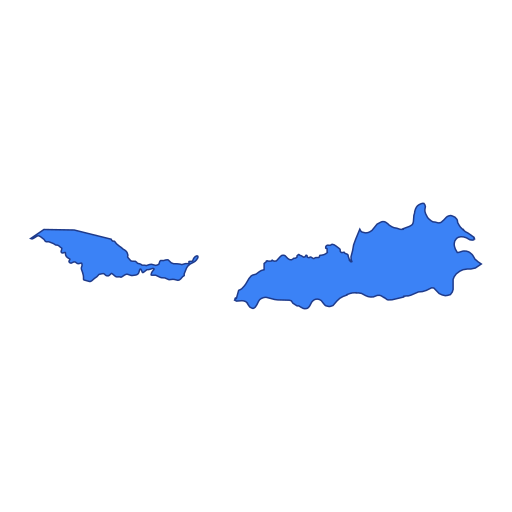 Hatillo De Loba, Bolívar, Colombia (Albers equal-area conic projection)
{"feature_id": "7082276B61387460600045", "entity_name": "Hatillo De Loba", "entity_type": "district", "adm_level": 2, "iso_a3": "COL", "parent_name": "Colombia", "parent_adm1": "Bolívar", "projection": "albers", "projection_center": [-74.128, 8.992], "detail": "fine", "context": "isolated", "style": "filled", "palette": "blue", "viewbox_px": 512, "rotation_deg": 0, "n_neighbors": 0, "source": "geoboundaries", "source_scale": "gbopen_adm2", "svg_char_len": 6056}
<svg xmlns="http://www.w3.org/2000/svg" viewBox="0 0 512 512"><path d="M388.0,299.9L392.0,299.8L403.7,297.0L403.7,296.3L407.3,295.8L407.8,296.0L410.8,295.2L418.5,291.9L422.4,291.6L426.3,290.4L431.6,287.8L433.8,288.0L439.1,293.5L442.1,294.9L445.3,295.7L447.5,295.4L450.4,294.6L452.3,292.0L453.1,289.4L453.1,279.4L454.2,276.7L456.3,273.8L459.8,271.2L463.0,269.7L467.3,269.0L470.8,269.0L475.4,268.0L481.3,264.0L477.9,261.7L476.2,260.1L475.2,259.5L472.8,255.4L472.0,254.4L469.5,252.3L468.2,251.7L466.2,251.1L463.7,251.0L462.5,251.2L458.7,252.4L457.3,252.5L455.3,249.0L454.5,246.5L454.2,244.8L454.3,243.1L454.8,240.9L456.6,238.4L458.3,237.3L460.9,236.7L463.5,236.9L466.4,237.8L469.9,239.8L472.3,240.1L473.5,239.9L474.0,239.6L474.1,238.8L473.9,238.0L474.3,238.2L474.0,237.3L467.9,233.0L465.4,231.7L464.3,230.8L463.4,229.6L463.2,229.9L460.4,227.1L459.3,225.5L457.7,222.7L457.3,220.2L456.8,219.2L455.0,217.2L452.4,216.0L450.8,215.5L449.0,215.8L447.3,216.5L446.2,217.4L443.4,220.4L442.7,220.9L441.9,221.7L440.8,222.5L439.7,222.8L438.2,222.9L435.3,222.1L432.8,221.8L431.1,220.8L428.6,218.7L427.5,217.4L425.6,213.7L424.9,211.3L424.9,209.4L425.4,206.6L424.9,204.9L423.9,203.4L422.8,203.3L421.1,203.7L419.0,204.7L417.5,205.8L416.4,207.2L415.5,209.0L414.7,211.6L414.6,213.0L413.9,215.3L413.4,221.6L413.0,223.1L412.4,224.4L411.5,225.2L409.4,226.4L402.9,228.8L403.1,229.3L401.6,229.4L400.1,229.3L396.8,228.2L394.0,227.7L391.9,226.8L389.8,225.5L388.8,224.8L387.9,223.8L385.5,222.1L384.0,221.6L382.4,221.6L381.3,221.9L377.1,224.1L372.0,230.4L369.7,231.9L367.9,232.6L365.6,232.9L362.1,232.1L360.8,231.1L359.8,229.2L355.6,239.4L353.6,244.9L352.6,250.6L351.0,256.8L351.2,259.6L351.9,261.6L351.7,261.8L350.6,261.7L350.3,261.3L350.6,261.1L349.4,260.3L349.6,259.4L349.2,259.2L348.2,256.2L348.1,255.1L347.4,254.3L345.2,253.4L344.4,252.8L344.2,252.3L343.5,252.3L342.7,252.5L341.7,252.6L340.9,252.2L340.2,251.2L340.2,249.9L339.9,249.1L339.0,248.3L336.0,246.0L334.1,244.8L332.3,244.3L331.5,244.5L330.4,245.3L327.3,245.2L326.3,245.8L325.7,246.9L325.7,248.1L326.0,248.4L327.0,248.6L327.1,249.0L327.1,251.4L327.4,252.3L327.0,252.8L325.5,253.9L323.8,254.7L321.0,255.3L320.0,255.3L319.7,255.6L319.5,256.4L319.1,257.2L318.5,257.5L315.5,257.6L314.0,258.5L313.2,258.5L311.0,257.1L310.2,257.0L309.3,257.6L308.2,257.6L307.3,257.1L307.0,255.6L306.6,255.3L306.0,255.3L305.0,256.8L303.7,257.2L301.4,255.8L299.7,255.2L299.1,254.6L298.5,254.5L297.0,255.9L297.0,257.1L295.5,258.2L293.7,258.3L292.9,259.0L291.5,259.8L290.0,259.7L289.0,259.3L287.7,258.4L285.2,255.8L284.1,255.3L283.0,255.2L281.6,255.5L280.0,256.9L276.4,260.9L274.5,261.2L272.8,260.7L272.4,260.2L271.9,260.3L271.6,260.8L271.0,261.1L268.8,261.2L267.2,260.8L266.5,261.0L266.6,261.4L264.1,263.5L264.1,269.7L261.3,270.5L259.3,271.7L256.1,274.1L252.6,275.1L251.2,275.9L249.0,278.5L245.7,284.1L244.2,286.1L241.8,288.7L240.2,289.7L239.0,290.1L238.6,290.5L236.4,298.4L235.4,298.0L235.2,298.3L235.6,298.5L234.6,300.1L236.5,301.1L241.8,300.7L243.3,300.8L245.5,301.5L247.4,303.0L247.5,303.2L247.3,303.4L248.8,305.7L250.0,307.2L252.3,308.3L253.2,308.4L254.3,307.9L255.3,307.1L256.9,304.7L258.5,301.4L259.7,299.6L261.3,298.5L263.2,297.7L265.2,297.3L266.6,297.4L274.6,299.5L277.9,299.9L289.4,300.2L291.3,300.8L292.9,303.2L296.9,305.8L297.8,305.9L298.7,305.8L300.6,307.0L303.2,308.4L304.6,308.7L306.2,308.6L307.6,308.2L308.7,307.2L309.7,305.9L311.7,302.1L313.0,300.7L314.4,299.7L315.8,299.2L317.5,299.1L319.4,299.5L321.3,300.6L323.6,303.6L325.1,305.3L325.9,305.8L328.8,306.5L329.9,306.5L331.0,306.2L333.0,305.5L337.0,300.9L339.8,298.3L343.0,296.5L347.0,295.0L346.9,294.6L350.0,293.5L352.4,292.9L356.1,292.7L356.2,293.0L358.4,292.9L361.5,293.4L365.6,295.6L368.1,296.6L370.6,297.0L373.4,296.9L377.2,295.4L379.5,295.3L381.2,295.8L384.3,297.8L384.5,297.6L386.9,299.5L388.0,299.9ZM197.9,256.3L197.0,255.8L195.3,256.5L193.7,258.3L192.7,260.7L192.3,261.1L191.7,261.3L189.2,261.4L188.9,261.7L189.0,263.1L188.6,263.6L185.5,263.6L181.8,264.6L179.9,264.1L177.2,263.8L173.5,263.7L171.2,262.8L168.4,260.1L167.9,259.8L167.2,259.8L165.5,260.0L163.5,260.6L160.8,260.5L160.4,260.7L159.8,261.4L158.9,264.1L157.8,264.8L156.6,265.2L155.7,265.4L151.5,264.3L149.6,264.5L146.3,265.6L144.7,265.2L142.5,265.2L141.8,265.0L140.9,264.3L139.7,263.8L137.5,263.3L136.7,262.3L135.4,261.3L132.1,261.2L130.8,260.8L127.9,257.5L127.6,257.0L127.9,255.2L127.7,254.4L127.0,252.4L126.1,251.2L124.8,250.1L123.2,249.2L121.3,247.5L119.4,246.2L118.2,245.2L116.5,243.8L114.8,241.6L114.3,241.2L112.7,241.1L111.8,240.4L111.2,239.2L74.2,230.0L43.9,229.5L30.7,238.5L31.9,238.9L32.6,238.8L34.6,237.7L36.9,236.2L37.9,235.8L38.8,235.8L40.4,236.6L44.0,239.4L45.4,241.4L46.6,241.8L48.4,241.7L49.5,242.0L53.5,243.6L55.7,245.0L57.7,245.2L58.8,245.8L60.4,247.2L61.8,248.2L61.6,249.7L61.1,251.3L61.3,252.3L61.6,252.7L62.1,252.9L62.8,253.0L65.0,252.4L65.4,252.6L65.6,255.0L66.4,256.6L67.9,257.9L69.8,259.0L69.9,259.3L69.8,259.8L69.0,261.1L69.0,261.6L69.2,262.1L69.7,262.6L70.3,263.0L71.3,263.1L73.6,262.0L74.5,261.9L75.4,262.1L77.3,263.5L77.9,263.6L78.6,263.7L80.9,263.1L81.6,263.2L81.9,263.8L82.1,265.3L81.3,268.0L81.4,269.1L82.6,272.6L83.3,275.3L83.5,276.9L83.5,279.1L83.6,279.6L84.1,280.0L89.5,281.5L90.3,281.5L91.6,280.9L94.5,278.4L96.9,276.7L99.0,274.4L102.1,273.7L103.6,273.6L104.3,274.0L105.6,275.2L106.4,275.7L108.1,275.9L109.2,275.4L111.2,273.6L111.6,273.4L112.2,273.7L115.3,276.3L116.0,276.7L116.9,276.9L119.4,276.8L121.0,277.2L122.1,276.7L124.6,275.0L126.4,274.2L127.3,274.2L131.3,275.5L132.4,275.5L136.0,275.0L137.2,274.5L138.1,273.8L138.7,272.9L139.7,269.7L140.0,269.2L140.5,269.1L140.9,269.3L141.4,270.2L142.4,272.4L142.8,272.6L143.4,272.4L146.9,269.7L148.9,269.6L152.7,268.4L153.5,268.5L153.9,268.7L154.0,269.4L152.1,271.8L151.5,273.0L151.1,274.6L151.2,275.0L151.7,275.2L155.7,275.2L159.9,277.2L161.3,277.7L164.8,277.9L168.7,279.6L169.2,279.7L172.8,279.3L174.1,279.4L177.9,280.3L179.2,280.0L180.6,279.0L182.7,276.6L184.2,275.6L184.2,273.8L186.6,267.9L187.9,266.0L190.2,264.0L193.5,262.3L195.1,261.3L196.5,259.9L197.9,257.7L197.9,256.3Z" fill="#3b82f6" stroke="#1e3a8a" stroke-width="1.5"/></svg>